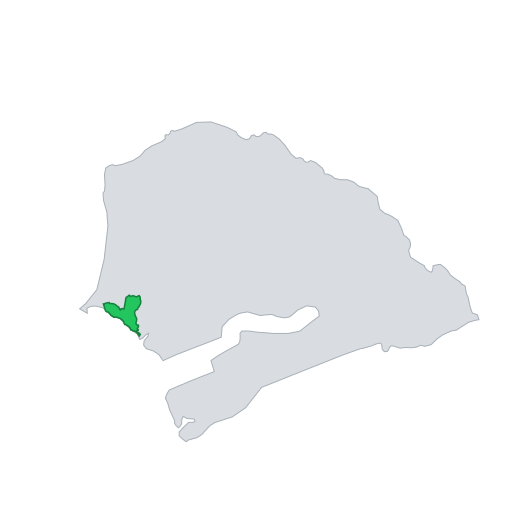 Mbour, Thiès, Senegal shown in context, rotated 338°
{"feature_id": "50182788B56533800648606", "entity_name": "Mbour", "entity_type": "district", "adm_level": 2, "iso_a3": "SEN", "parent_name": "Senegal", "parent_adm1": "Thiès", "projection": "robinson", "projection_center": [-16.867, 14.372], "detail": "fine", "context": "in_parent", "style": "filled", "palette": "green", "viewbox_px": 512, "rotation_deg": 338, "n_neighbors": 0, "source": "geoboundaries", "source_scale": "gbopen_adm2", "svg_char_len": 7783}
<svg xmlns="http://www.w3.org/2000/svg" viewBox="0 0 512 512"><g transform="rotate(338 256 256)"><path d="M385.0,235.2L390.7,246.2L389.5,251.4L388.3,259.0L391.4,264.6L395.2,268.2L397.8,271.6L400.8,276.2L401.3,285.3L400.8,291.9L402.7,294.9L404.3,298.7L404.0,301.8L403.0,304.6L399.4,308.3L398.9,315.1L404.7,323.4L408.4,328.0L408.4,330.5L409.5,333.4L412.2,336.7L413.9,335.9L415.7,333.2L416.6,331.3L421.6,332.2L423.9,333.0L427.1,338.4L428.3,342.0L429.1,346.6L432.5,352.2L435.4,356.2L436.0,358.7L438.6,362.1L437.0,369.6L437.2,373.4L435.5,383.5L435.2,388.2L435.3,389.9L439.3,393.5L438.9,398.6L434.8,397.7L427.9,397.1L413.9,399.8L409.1,398.7L400.0,399.0L393.4,400.5L385.2,403.8L378.7,403.0L375.2,400.4L370.7,400.6L365.5,399.2L360.0,396.7L355.0,395.4L349.5,390.8L347.0,389.9L345.2,391.1L343.7,392.7L342.2,393.6L339.2,392.8L338.1,389.7L339.0,386.6L339.3,384.3L337.9,383.0L334.6,382.6L329.3,382.6L320.6,381.7L318.7,381.1L299.4,380.3L279.4,380.2L262.5,380.1L241.1,380.0L226.0,380.0L212.0,379.9L201.2,386.1L189.5,392.8L173.7,396.3L155.5,395.0L149.8,396.0L143.7,398.9L139.3,401.1L133.1,402.4L125.0,401.3L121.7,402.0L119.7,398.9L117.4,394.0L118.8,390.4L123.8,388.0L131.2,385.0L135.1,386.6L137.3,386.6L137.7,384.7L137.0,383.6L131.4,381.0L128.5,377.5L126.1,379.5L124.1,383.8L122.3,385.1L119.8,386.3L118.4,383.4L117.8,380.6L118.9,378.4L118.3,366.1L119.0,359.5L118.7,353.8L122.2,350.0L125.5,347.7L138.4,347.5L150.5,347.3L162.1,347.4L174.0,347.5L175.1,336.1L178.9,335.2L184.5,334.0L194.9,332.6L206.6,331.2L209.1,329.0L211.0,325.2L212.2,321.8L214.6,320.3L217.9,321.5L222.1,323.3L226.6,326.0L231.6,328.6L235.0,330.2L243.1,334.3L257.0,339.9L268.5,342.1L282.3,338.0L292.2,335.4L293.4,330.4L291.9,325.6L284.4,321.2L274.4,321.7L271.3,322.9L266.6,324.4L263.7,325.0L259.0,323.9L252.9,320.1L249.1,316.3L243.8,314.5L237.5,312.7L227.4,304.8L222.1,303.4L217.1,303.0L207.5,304.5L198.2,308.8L193.3,318.3L183.9,318.2L164.0,317.9L145.7,317.6L130.6,318.2L129.1,311.3L125.5,305.8L119.7,301.0L118.4,296.7L120.4,292.8L126.0,289.7L127.3,287.5L124.4,287.8L119.9,289.8L117.0,289.9L116.6,283.9L111.7,276.1L106.1,262.8L99.9,257.4L94.6,246.7L89.1,242.6L84.0,240.7L79.7,241.1L78.1,245.9L72.7,238.9L80.1,236.4L95.8,227.6L113.9,202.3L130.1,172.4L132.2,165.3L134.1,159.9L135.4,147.7L137.7,140.4L139.9,139.0L142.7,133.5L146.0,123.7L149.7,118.2L153.9,117.2L157.2,117.6L159.5,119.6L166.3,120.9L177.6,121.4L186.4,119.9L192.5,116.5L200.6,114.8L210.7,114.7L215.9,113.3L216.5,110.5L217.8,109.7L219.9,110.8L221.8,110.3L223.7,108.3L225.5,108.2L227.4,109.9L235.8,110.4L250.8,109.8L264.6,114.9L277.4,125.9L284.0,133.2L284.4,136.8L286.5,140.5L290.3,144.3L293.8,144.9L296.9,142.6L299.4,142.9L301.2,145.7L304.9,146.3L308.9,144.5L311.8,145.1L312.3,146.8L313.0,147.7L314.9,148.1L317.6,150.3L321.3,156.1L324.3,164.3L326.7,174.7L329.8,180.4L333.6,181.3L335.8,183.4L336.2,185.9L337.4,187.6L339.2,188.5L342.4,188.0L346.2,191.5L350.3,199.1L350.9,202.6L350.3,204.4L350.6,205.8L353.3,207.1L355.8,209.6L357.9,213.3L362.4,216.7L369.4,219.6L374.3,224.0L377.4,229.8L383.7,234.7L385.0,235.2Z" fill="#d9dde1" stroke="#a8b0b8" stroke-width="1"/><path d="M127.1,246.7L126.7,246.7L125.6,246.6L124.7,246.6L124.4,246.4L124.3,246.0L124.2,245.6L124.2,245.3L123.9,245.1L123.8,244.9L123.3,244.9L122.9,245.0L122.6,245.2L122.3,245.4L121.9,245.5L121.5,245.5L121.2,245.6L120.4,245.7L120.1,245.7L120.0,245.9L119.7,246.3L119.3,246.8L119.0,247.2L118.6,247.9L118.2,248.6L117.2,250.3L115.8,252.4L114.5,254.5L114.2,255.0L113.8,255.5L113.6,255.7L113.3,255.4L112.8,255.0L112.5,254.8L111.9,254.5L111.4,254.4L111.0,254.4L110.7,254.7L110.5,255.1L110.3,255.2L110.1,255.3L109.9,255.2L109.7,254.9L109.5,254.5L109.5,253.9L109.6,252.9L109.6,252.5L109.6,252.0L109.5,251.7L109.2,251.4L108.9,251.0L108.5,250.5L108.3,250.1L107.8,249.0L106.4,247.2L105.1,246.4L104.6,246.2L104.1,245.9L102.6,245.3L102.4,244.1L101.1,243.9L99.0,243.4L98.8,243.4L98.6,243.4L98.2,243.5L97.8,243.5L97.6,243.7L97.3,243.9L97.0,243.7L96.8,243.5L96.6,243.3L96.5,243.6L96.5,243.8L96.5,244.0L96.4,245.0L96.4,245.4L96.4,245.8L96.3,246.1L96.3,246.3L96.2,246.7L96.2,246.8L96.2,247.2L96.2,248.4L96.1,248.7L96.1,249.0L96.0,250.3L96.1,250.6L96.2,250.8L96.2,251.0L96.3,251.2L96.7,251.6L96.7,251.8L96.8,251.8L97.0,251.9L97.1,252.0L97.4,252.3L97.5,252.4L97.8,252.6L98.0,252.7L98.0,252.8L98.2,253.0L98.2,253.4L98.3,253.5L98.4,253.8L98.5,253.9L98.5,254.0L98.6,254.3L98.7,254.6L98.7,254.8L98.8,254.9L98.9,255.2L99.0,255.3L99.0,255.5L99.1,255.9L99.1,256.1L99.1,256.3L99.1,256.5L99.3,256.7L99.4,256.9L99.5,257.0L99.8,257.2L99.8,257.5L100.0,257.7L100.1,257.9L100.2,258.1L100.3,258.2L100.5,258.2L100.7,258.3L100.8,258.4L100.8,258.6L100.9,259.0L101.0,259.2L101.0,259.4L101.1,259.5L101.3,259.6L101.6,259.8L101.9,259.8L102.2,259.8L102.3,259.9L102.5,259.9L103.0,260.2L103.2,260.3L103.3,260.4L103.5,260.5L103.8,260.6L104.0,260.6L104.2,260.8L104.4,261.0L104.5,261.1L105.0,261.5L105.4,262.0L105.6,262.1L106.0,262.4L106.2,262.5L106.4,262.7L106.7,262.9L106.9,263.4L107.1,263.8L107.4,264.0L107.5,264.2L107.5,264.4L107.8,264.8L107.9,265.1L108.1,265.4L108.2,265.7L108.5,266.3L108.6,266.6L108.6,266.9L108.7,267.2L108.7,267.5L108.6,268.4L108.5,268.8L108.5,269.0L108.5,269.4L108.6,269.7L108.6,270.1L108.7,270.4L108.8,270.6L109.1,270.7L109.3,270.7L109.5,270.8L109.7,271.0L109.9,271.2L110.0,271.4L110.1,271.6L110.4,272.2L110.6,272.4L111.0,272.9L111.5,273.4L111.6,273.7L111.8,274.0L111.8,274.3L111.9,274.5L112.0,274.6L112.1,274.9L112.1,275.0L112.1,275.3L112.2,275.5L112.3,276.0L112.3,276.3L112.3,276.6L112.2,277.1L112.2,277.5L112.3,277.7L112.5,277.6L112.9,277.7L113.0,277.9L113.2,278.2L113.3,278.4L113.4,278.7L113.5,279.0L113.8,279.3L114.0,279.5L114.5,279.8L114.8,280.0L115.1,279.9L115.3,279.9L115.4,280.1L115.3,280.3L115.4,280.5L115.6,280.6L115.8,280.8L115.8,280.7L116.0,280.8L116.2,281.1L116.1,281.3L116.1,281.5L116.4,281.8L116.6,282.0L116.9,282.9L117.3,284.2L117.4,284.5L117.5,285.2L117.6,285.5L117.8,285.9L117.8,286.3L117.8,286.5L118.0,286.4L118.3,286.1L118.4,285.9L118.5,285.6L119.0,285.7L119.3,285.5L119.2,285.1L119.2,284.9L119.2,284.7L119.1,284.4L118.9,284.0L118.7,283.8L118.6,283.6L118.3,283.5L118.3,283.3L118.4,283.1L118.4,282.9L117.9,282.7L117.7,282.6L117.6,282.4L117.2,282.1L117.0,281.9L116.9,281.7L116.9,281.3L117.0,281.1L117.1,280.9L117.3,280.7L117.5,280.6L117.8,280.7L118.1,280.8L118.3,280.7L118.5,280.6L118.8,280.5L119.1,280.6L119.2,280.4L119.2,280.2L118.7,279.6L118.6,279.4L118.6,279.2L118.9,278.7L119.0,278.6L119.3,278.5L119.5,278.4L119.7,278.1L119.8,277.8L120.0,277.7L120.3,277.7L120.6,277.3L120.8,277.1L120.9,276.7L121.0,276.4L121.0,276.1L120.9,275.9L120.5,275.8L120.2,275.6L120.0,275.4L119.8,275.2L119.7,274.9L119.5,274.5L119.4,274.1L119.5,273.7L119.5,273.4L119.7,273.1L119.9,272.7L120.0,272.5L120.2,272.2L120.5,271.9L120.7,271.7L120.9,271.4L121.1,271.0L121.2,270.8L121.3,270.6L121.5,270.3L121.8,269.7L121.9,269.2L121.9,268.9L121.9,268.3L121.7,267.5L121.7,267.2L121.8,266.6L121.8,266.2L121.8,265.9L121.8,265.5L121.9,264.4L122.0,263.8L122.1,263.3L122.1,263.1L122.8,262.3L123.0,262.0L123.5,261.4L123.8,261.3L124.0,261.2L124.9,261.2L125.4,261.1L125.7,261.1L126.0,261.1L126.3,261.0L126.3,260.9L126.5,260.7L126.7,260.3L126.9,260.1L127.1,259.9L127.3,259.7L127.5,259.6L127.9,259.4L128.1,259.4L128.3,259.3L128.4,259.2L128.6,259.2L129.1,258.7L129.4,258.4L129.8,258.1L130.1,257.7L130.4,257.5L130.7,257.3L130.9,257.1L131.1,256.9L131.4,256.5L131.5,256.2L131.8,255.7L132.2,254.8L132.2,254.6L132.3,254.4L132.4,254.1L132.4,253.5L132.4,253.2L132.4,252.9L132.5,252.7L132.6,252.3L132.7,252.1L132.7,251.9L132.8,251.6L133.1,251.1L133.2,250.8L133.2,250.4L133.0,249.7L132.9,249.1L132.8,248.9L132.0,248.9L131.6,249.0L131.0,249.0L130.4,249.1L130.1,249.1L129.8,249.0L129.4,248.8L129.2,248.6L128.8,248.3L128.6,248.1L128.4,247.9L128.3,247.7L128.0,247.4L127.7,247.3L127.5,247.0L127.2,246.8L127.1,246.7Z" fill="#22c55e" stroke="#15803d" stroke-width="1.5"/></g></svg>